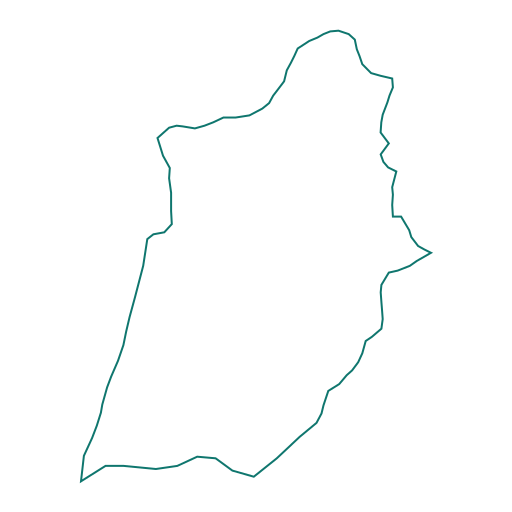 outline of Diorios, Cyprus
{"feature_id": "46923920B66967696615816", "entity_name": "Diorios", "entity_type": "district", "adm_level": 2, "iso_a3": "CYP", "parent_name": "Cyprus", "parent_adm1": "", "projection": "orthographic", "projection_center": [33.034, 35.3], "detail": "fine", "context": "isolated", "style": "outline", "palette": "teal", "viewbox_px": 512, "rotation_deg": 0, "n_neighbors": 0, "source": "geoboundaries", "source_scale": "gbopen_adm2", "svg_char_len": 1397}
<svg xmlns="http://www.w3.org/2000/svg" viewBox="0 0 512 512"><path d="M316.5,422.9L321.5,413.5L323.5,405.3L328.3,390.9L339.2,384.1L346.7,375.2L352.1,370.4L358.2,362.2L362.3,353.3L365.7,341.0L371.8,336.9L381.4,328.7L382.7,319.1L382.1,310.9L381.4,302.0L380.7,292.4L381.4,284.9L388.8,272.6L397.7,270.6L409.9,265.8L416.7,261.0L431.0,252.8L424.2,249.4L418.1,246.0L411.3,237.1L409.2,230.2L401.1,216.6L392.9,216.6L392.2,205.0L392.9,194.7L392.2,187.2L396.3,171.5L388.1,167.4L383.4,161.9L380.7,154.4L388.8,143.4L380.6,132.5L381.3,122.3L382.7,114.7L387.4,102.4L389.5,95.6L392.9,87.4L392.2,78.5L380.6,75.8L371.1,73.1L362.3,64.2L359.5,56.0L356.8,49.2L354.8,39.6L348.7,34.1L338.5,30.7L330.3,31.4L323.5,34.1L317.4,37.6L309.2,41.0L297.7,48.5L294.3,56.0L290.9,62.8L286.8,70.3L284.1,81.3L277.9,89.5L273.2,95.6L269.1,103.1L262.3,108.6L249.4,115.4L235.8,117.5L223.5,117.5L213.3,122.3L204.5,125.7L194.9,128.4L182.7,126.4L176.6,125.7L169.1,127.7L157.5,138.0L163.0,155.7L169.8,168.0L169.1,178.3L171.1,192.7L171.1,211.1L171.8,224.1L164.3,232.3L153.4,234.3L147.3,239.1L143.2,265.8L135.0,297.2L129.6,317.0L126.2,331.4L123.4,345.1L118.0,360.8L111.2,376.5L107.1,387.4L102.3,404.5L100.9,412.7L96.8,425.7L92.1,438.0L83.9,455.8L81.0,481.3L105.5,465.9L123.8,465.9L155.9,469.0L177.3,465.9L197.2,456.7L215.6,458.3L232.4,470.6L253.8,476.7L276.8,458.3L299.7,436.8L316.5,422.9Z" fill="none" stroke="#0f766e" stroke-width="2"/></svg>